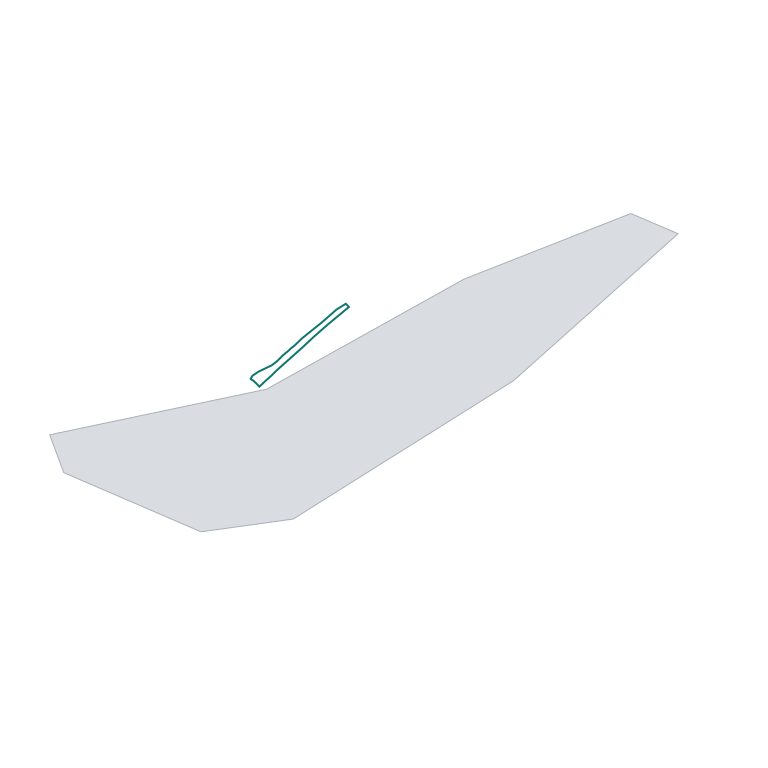 location of Teone, Tuvalu, rotated 67°
{"feature_id": "33948139B32813308345680", "entity_name": "Teone", "entity_type": "district", "adm_level": 2, "iso_a3": "TUV", "parent_name": "Tuvalu", "parent_adm1": "", "projection": "natural_earth1", "projection_center": [179.198, -8.507], "detail": "fine", "context": "in_parent", "style": "outline", "palette": "teal", "viewbox_px": 768, "rotation_deg": 67, "n_neighbors": 0, "source": "geoboundaries", "source_scale": "gbopen_adm2", "svg_char_len": 729}
<svg xmlns="http://www.w3.org/2000/svg" viewBox="0 0 768 768"><g transform="rotate(67 384 384)"><path d="M448.5,610.3L340.5,713.4L300.1,711.6L342.9,494.1L318.7,269.2L323.5,90.2L360.6,54.6L431.6,263.6L472.8,520.4L448.5,610.3Z" fill="#d9dde1" stroke="#a8b0b8" stroke-width="1"/><path d="M295.2,387.8L296.9,398.6L303.2,417.7L306.4,429.2L310.0,441.8L313.7,451.5L314.7,455.3L316.5,460.3L317.0,462.3L318.0,465.5L321.3,473.7L322.9,479.9L323.3,487.8L323.6,494.8L325.0,501.9L327.1,504.7L328.6,504.0L329.0,503.5L330.7,502.6L332.4,501.8L337.8,499.7L334.7,491.5L332.3,484.4L329.8,478.2L327.9,472.7L322.7,457.3L318.1,443.8L313.2,430.4L312.1,427.1L307.0,411.6L299.4,386.2L295.2,387.8Z" fill="none" stroke="#0f766e" stroke-width="2"/></g></svg>